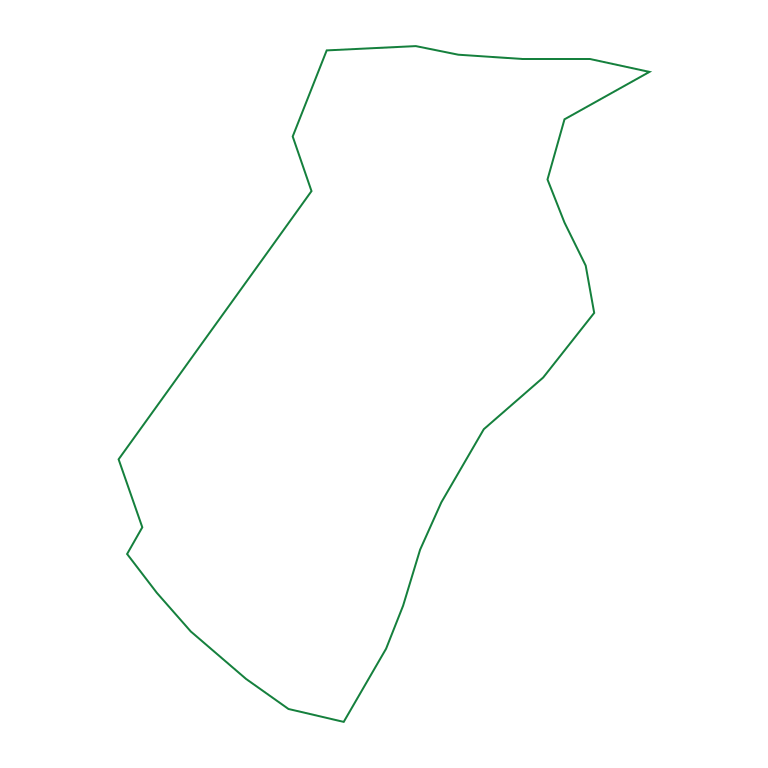 Perivolia Trikomou, Cyprus
{"feature_id": "46923920B19952645693487", "entity_name": "Perivolia Trikomou", "entity_type": "district", "adm_level": 2, "iso_a3": "CYP", "parent_name": "Cyprus", "parent_adm1": "", "projection": "natural_earth1", "projection_center": [33.915, 35.283], "detail": "fine", "context": "isolated", "style": "outline", "palette": "green", "viewbox_px": 768, "rotation_deg": 0, "n_neighbors": 0, "source": "geoboundaries", "source_scale": "gbopen_adm2", "svg_char_len": 504}
<svg xmlns="http://www.w3.org/2000/svg" viewBox="0 0 768 768"><path d="M415.8,46.1L326.7,50.4L292.7,136.5L311.5,191.1L265.4,255.3L227.9,307.4L199.5,346.8L174.4,381.8L118.6,459.3L142.3,527.3L127.1,554.0L156.8,592.8L190.8,631.5L246.0,678.9L288.5,709.0L343.7,721.9L386.1,648.7L403.1,605.7L420.1,549.7L441.3,502.4L483.8,429.2L543.2,377.5L594.2,312.9L585.7,265.6L564.5,222.6L547.5,179.5L564.5,119.3L649.4,71.9L589.9,59.0L522.0,59.0L458.3,54.7L415.8,46.1Z" fill="none" stroke="#15803d" stroke-width="2"/></svg>